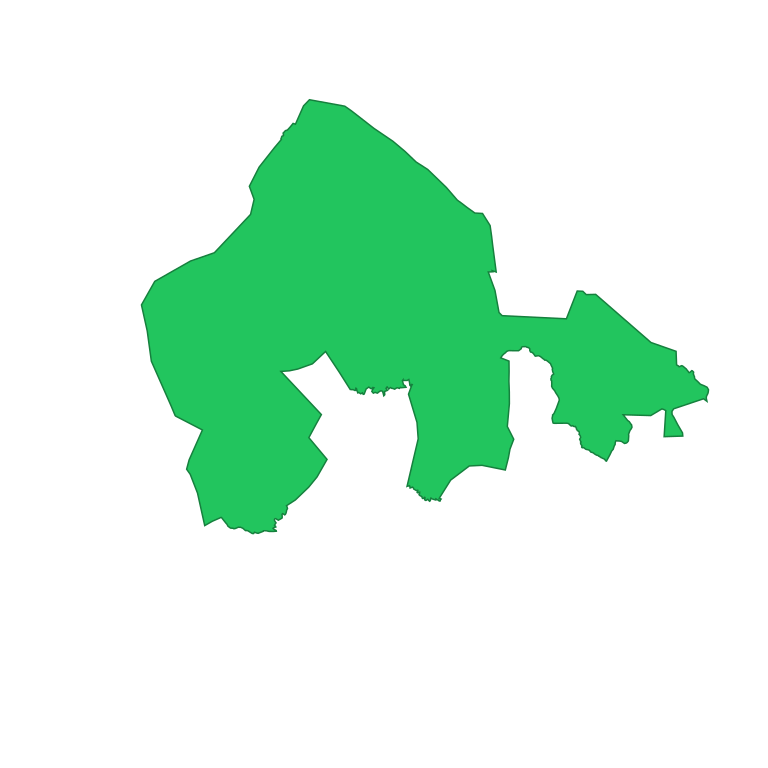 Santiago Chazumba, Oaxaca, Mexico (Natural Earth projection), rotated 314°
{"feature_id": "50627088B38611852614507", "entity_name": "Santiago Chazumba", "entity_type": "district", "adm_level": 2, "iso_a3": "MEX", "parent_name": "Mexico", "parent_adm1": "Oaxaca", "projection": "natural_earth1", "projection_center": [-97.716, 18.178], "detail": "fine", "context": "isolated", "style": "filled", "palette": "green", "viewbox_px": 768, "rotation_deg": 314, "n_neighbors": 0, "source": "geoboundaries", "source_scale": "gbopen_adm2", "svg_char_len": 6135}
<svg xmlns="http://www.w3.org/2000/svg" viewBox="0 0 768 768"><g transform="rotate(314 384 384)"><path d="M542.5,386.9L560.1,364.8L565.1,358.7L571.5,350.5L571.7,350.2L575.1,336.4L570.1,330.6L568.7,321.0L567.7,312.3L567.4,310.7L567.2,308.9L568.7,292.3L568.7,266.4L566.0,252.9L565.9,237.6L564.8,221.7L560.9,199.2L557.9,171.1L556.6,162.8L536.7,132.9L528.2,132.9L509.4,139.8L508.3,137.6L503.3,138.0L499.6,138.1L497.8,137.1L496.0,137.1L495.2,137.3L494.5,137.1L493.7,138.0L493.4,138.8L493.0,139.0L492.3,139.0L491.6,138.5L490.6,138.7L489.8,139.2L488.7,139.6L488.6,140.3L478.1,141.0L453.3,143.5L432.7,149.8L426.6,162.3L413.3,170.2L360.6,170.8L338.1,159.4L298.6,147.8L272.4,154.6L257.7,176.8L238.8,200.8L220.3,246.2L216.2,255.7L216.2,256.5L224.8,285.3L194.1,296.5L185.6,301.2L184.4,307.4L176.0,325.6L157.6,353.4L166.1,355.9L174.9,359.5L175.0,360.2L174.1,366.9L174.0,368.6L173.3,370.5L173.7,373.6L174.7,374.9L175.3,375.5L175.6,376.6L176.9,377.5L180.0,378.8L180.6,379.7L181.2,380.1L182.2,382.8L182.3,386.0L182.6,386.6L183.0,386.7L183.8,387.9L184.9,392.9L185.4,393.7L185.9,394.1L187.4,393.8L188.5,396.2L189.2,397.2L194.2,399.5L194.7,399.2L195.4,399.9L196.8,401.5L198.1,403.7L200.8,406.6L203.3,408.8L203.7,408.2L203.1,406.1L203.0,404.5L203.7,404.4L204.9,404.9L206.0,405.5L206.4,404.6L206.1,403.6L206.6,403.2L209.1,402.8L209.5,400.7L210.0,399.7L210.7,399.2L211.5,399.2L212.0,399.8L212.6,402.6L216.6,403.8L217.4,403.4L219.4,401.2L220.3,401.1L220.5,401.5L220.9,403.5L221.7,403.6L222.8,403.3L224.1,402.6L226.0,401.4L227.3,401.2L228.2,399.8L228.7,398.4L239.0,400.8L257.4,401.5L270.6,400.4L290.2,395.4L293.2,367.2L308.8,362.8L318.5,360.2L321.4,301.1L327.8,306.8L334.9,311.6L348.8,318.5L366.8,319.4L361.4,343.8L356.6,363.5L357.8,365.1L358.4,365.4L359.1,367.5L359.9,368.2L360.7,367.1L361.4,366.7L361.6,367.3L359.9,370.2L359.4,371.4L360.4,371.7L360.8,374.1L362.7,374.6L362.1,376.2L362.5,376.6L363.1,376.7L368.0,374.6L371.2,375.2L371.6,377.9L372.1,378.3L373.8,378.4L374.3,379.4L372.0,379.7L370.2,380.4L370.0,382.7L371.8,383.4L372.4,384.8L373.0,385.7L374.2,385.7L376.7,386.3L377.1,386.6L377.7,388.0L377.0,389.4L375.4,392.0L376.8,392.0L379.0,389.6L381.8,390.9L382.2,388.5L383.7,388.2L384.1,388.3L383.6,390.9L385.9,391.1L386.2,392.0L386.2,392.5L386.9,393.4L387.7,395.3L389.3,395.6L390.5,396.1L391.6,398.2L392.9,398.1L393.3,399.0L396.9,402.1L397.4,400.5L397.0,398.5L399.2,394.9L400.2,394.8L399.8,395.2L402.6,398.2L404.5,398.7L402.6,401.6L401.1,403.4L401.0,404.5L402.2,404.1L403.0,404.2L403.2,404.7L402.3,404.9L393.7,408.7L379.3,434.4L368.3,446.7L341.9,462.4L341.8,462.8L341.5,462.9L341.6,462.6L326.5,471.6L326.8,471.7L327.1,472.2L328.4,472.8L328.5,473.0L328.5,473.4L327.3,475.0L328.9,475.8L329.7,476.2L329.7,476.8L329.6,477.5L329.1,478.2L329.2,478.7L329.7,480.8L330.2,481.9L330.8,481.9L331.0,482.2L330.6,482.6L329.3,483.0L329.0,483.2L329.2,483.9L330.9,484.8L329.9,485.7L328.9,485.9L328.7,486.2L328.7,487.4L329.3,489.4L328.5,490.8L328.5,491.3L328.8,491.7L329.3,491.9L330.7,491.9L330.8,492.1L330.7,492.5L329.3,493.4L329.0,493.8L329.0,494.2L329.1,494.7L329.5,495.1L331.5,495.6L331.3,497.7L331.4,498.3L332.3,498.3L334.1,497.1L334.4,496.9L334.6,497.0L334.6,498.1L336.4,501.7L336.6,501.8L337.0,501.5L337.3,501.0L337.5,501.0L337.6,502.7L338.2,503.3L338.1,504.6L338.3,505.1L338.6,505.2L338.7,505.6L339.0,505.6L339.8,505.1L340.9,505.0L340.2,503.1L361.2,498.7L384.3,502.3L393.6,511.0L406.4,531.0L417.4,524.7L424.6,519.9L434.4,515.7L439.1,502.2L456.9,487.9L465.3,479.7L472.8,471.9L479.8,465.4L487.3,458.0L483.9,449.8L486.8,449.3L489.5,449.4L490.9,449.7L492.0,449.6L492.9,449.7L494.0,450.2L494.7,450.6L495.5,451.4L497.4,453.5L501.4,457.7L504.7,458.2L505.7,457.6L506.4,457.5L507.0,457.7L509.4,460.0L509.7,461.2L510.6,462.8L510.6,464.4L509.3,465.7L508.8,467.2L509.3,467.9L509.7,469.2L509.5,471.5L509.1,472.8L509.1,473.2L509.2,473.6L511.5,475.3L511.9,475.9L512.4,477.5L512.7,481.2L512.9,481.7L512.8,482.9L512.9,483.2L513.3,483.5L513.7,484.0L514.0,485.4L514.3,489.7L513.5,491.4L512.5,494.3L511.6,494.7L510.4,496.3L509.7,497.6L509.3,498.7L508.9,499.2L507.1,498.8L505.5,499.3L505.0,500.0L504.5,500.2L503.9,500.3L502.8,501.4L502.8,502.3L500.6,504.6L498.8,506.2L498.0,508.2L497.7,511.5L497.0,513.5L496.2,517.2L495.4,519.6L494.2,521.3L486.1,524.9L480.8,526.8L478.8,526.8L478.5,527.2L476.1,528.7L474.4,531.1L473.4,532.7L473.7,533.4L474.2,534.0L482.5,542.4L483.4,543.6L483.7,544.3L483.7,545.0L483.7,546.2L483.8,547.8L484.5,548.4L485.2,548.7L485.2,549.6L485.5,550.5L486.4,551.1L486.0,552.8L485.3,553.6L485.3,554.2L484.8,555.4L485.3,557.4L484.2,558.8L483.7,559.1L483.3,559.2L483.2,560.9L482.2,562.6L480.2,563.1L479.9,564.1L479.5,564.6L479.2,565.9L478.8,566.2L478.1,566.3L477.7,567.0L477.3,567.8L477.2,568.9L476.9,569.5L476.0,569.9L475.8,570.4L475.9,570.9L476.8,571.8L477.1,572.5L477.1,573.5L477.2,574.3L477.6,575.2L478.4,576.4L478.9,577.4L478.9,578.4L478.7,579.8L478.8,580.4L479.4,581.3L479.9,582.7L479.9,583.8L480.2,585.3L480.7,586.8L481.3,587.5L481.2,588.5L481.6,589.1L481.5,589.7L481.9,590.5L481.8,591.3L482.1,591.7L482.3,592.6L482.9,594.1L483.1,595.4L482.7,596.7L483.1,597.6L489.9,595.7L492.9,594.7L493.5,594.4L496.3,594.2L499.3,592.7L501.0,592.3L502.7,590.9L504.4,590.3L505.3,591.6L506.4,592.8L507.7,594.7L508.3,598.3L509.6,599.2L510.7,599.5L512.4,599.4L513.1,599.1L516.7,596.1L517.8,594.8L521.5,593.2L523.4,593.0L525.2,592.4L526.7,590.3L526.7,589.3L527.3,586.6L527.0,584.6L528.0,577.4L546.6,597.8L559.1,601.2L560.0,602.9L560.6,605.2L540.7,622.1L554.1,635.1L556.2,632.7L558.8,623.5L561.4,615.7L562.2,612.4L564.3,610.2L567.4,609.6L595.3,624.1L595.9,628.3L597.8,625.5L599.4,624.4L602.1,623.6L603.5,622.8L605.3,621.4L606.1,618.7L605.2,615.7L603.6,611.7L603.7,607.9L603.6,604.1L604.0,603.3L605.1,602.0L605.3,601.3L605.5,600.7L605.8,600.4L606.1,599.5L606.5,599.3L607.6,598.5L607.7,596.7L607.4,596.1L605.0,596.0L604.1,595.6L604.1,595.1L604.5,593.0L604.5,592.4L604.8,591.1L604.5,586.9L604.1,585.5L602.7,584.8L601.9,584.6L601.4,584.2L601.5,583.2L601.0,581.2L610.4,571.4L599.3,547.2L595.5,474.0L588.8,467.4L588.8,462.6L585.1,458.4L557.6,469.9L515.2,421.5L515.3,417.1L528.4,398.8L537.0,381.2L540.3,384.3L540.7,383.2L542.5,386.9Z" fill="#22c55e" stroke="#15803d" stroke-width="1.5"/></g></svg>